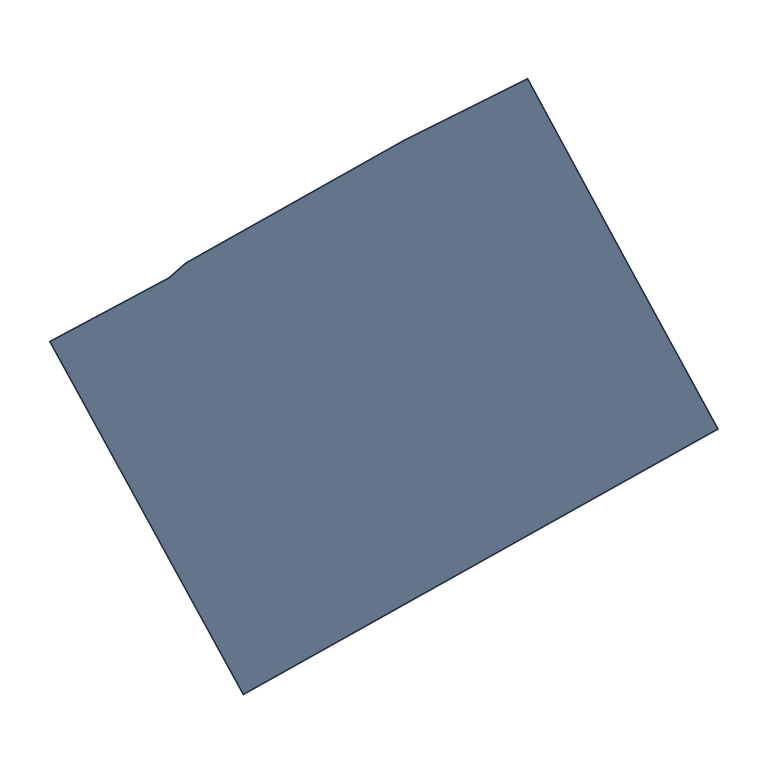 the district of Williamson, Illinois, United States of America, rotated 151°
{"feature_id": "52423323B83149544823658", "entity_name": "Williamson", "entity_type": "district", "adm_level": 2, "iso_a3": "USA", "parent_name": "United States of America", "parent_adm1": "Illinois", "projection": "natural_earth1", "projection_center": [-88.92, 37.73], "detail": "fine", "context": "isolated", "style": "filled", "palette": "slate", "viewbox_px": 768, "rotation_deg": 151, "n_neighbors": 0, "source": "geoboundaries", "source_scale": "gbopen_adm2", "svg_char_len": 279}
<svg xmlns="http://www.w3.org/2000/svg" viewBox="0 0 768 768"><g transform="rotate(151 384 384)"><path d="M657.6,180.6L113.7,182.7L112.5,372.7L110.4,581.4L247.9,587.4L498.6,585.9L520.5,581.1L655.7,583.2L657.6,180.6Z" fill="#64748b" stroke="#1e293b" stroke-width="1.5"/></g></svg>